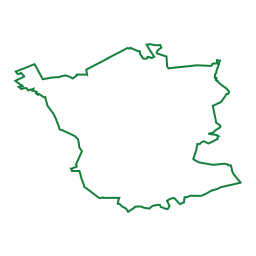 Laidzes pag., Talsi, Latvia
{"feature_id": "27541924B38806240468878", "entity_name": "Laidzes pag.", "entity_type": "district", "adm_level": 2, "iso_a3": "LVA", "parent_name": "Latvia", "parent_adm1": "Talsi", "projection": "robinson", "projection_center": [22.64, 57.292], "detail": "fine", "context": "isolated", "style": "outline", "palette": "green", "viewbox_px": 256, "rotation_deg": 0, "n_neighbors": 0, "source": "geoboundaries", "source_scale": "gbopen_adm2", "svg_char_len": 5416}
<svg xmlns="http://www.w3.org/2000/svg" viewBox="0 0 256 256"><path d="M15.8,71.5L17.5,73.9L19.8,73.8L20.8,72.8L24.2,76.3L24.1,76.6L23.7,76.8L21.6,77.9L20.1,78.5L15.4,80.8L15.7,81.1L16.5,81.7L17.1,82.3L17.5,82.4L20.2,84.7L21.9,85.2L22.6,86.2L18.8,87.0L20.9,88.8L22.2,88.9L24.0,88.1L26.5,88.1L28.1,90.4L33.4,88.8L32.9,89.8L32.3,90.6L34.5,91.2L36.6,91.9L36.0,93.0L37.2,93.5L36.8,94.0L38.0,94.8L39.1,94.2L40.8,95.2L43.2,96.8L43.3,96.8L45.2,97.5L45.3,97.4L46.2,101.1L47.4,105.4L47.5,105.6L48.4,107.0L51.6,111.3L53.4,113.7L56.1,119.2L56.3,120.2L58.0,124.3L59.0,127.1L59.4,128.8L59.9,129.3L60.1,129.6L60.9,129.9L62.3,130.2L64.3,131.2L65.4,131.7L68.2,132.9L71.7,134.6L73.6,135.5L75.4,136.5L76.3,137.6L78.0,139.1L78.7,142.7L79.1,145.7L79.1,145.8L79.4,147.3L79.4,147.5L79.6,147.8L80.6,149.3L80.7,149.5L81.2,150.1L81.8,151.1L81.9,151.3L80.7,154.0L77.5,161.1L75.9,164.5L76.2,164.9L76.7,165.8L76.8,166.1L76.7,166.6L76.2,166.9L75.7,167.1L74.5,167.5L73.7,167.6L73.2,168.0L72.4,168.6L71.0,168.6L71.1,168.8L71.2,169.2L71.8,170.9L75.0,171.1L76.0,171.1L79.3,171.0L79.6,171.5L80.3,174.0L80.6,174.7L80.8,176.5L81.7,179.1L81.9,179.8L82.2,180.6L82.6,181.4L82.6,181.6L82.7,181.8L83.0,182.5L83.1,182.8L83.3,183.3L83.9,185.3L84.2,186.7L87.4,189.1L87.7,189.4L88.1,189.6L94.2,194.2L94.4,194.4L96.9,196.3L97.0,196.4L99.3,198.0L100.5,197.9L102.2,197.8L102.8,197.6L102.8,197.8L105.1,197.9L107.7,197.9L112.5,197.9L119.2,197.9L119.1,198.1L118.9,198.9L118.5,199.8L118.2,201.5L117.8,202.8L117.7,203.4L117.8,203.8L118.6,203.8L118.8,203.8L119.2,203.9L119.6,204.1L120.2,204.5L120.6,204.9L120.9,205.2L122.1,206.3L122.5,206.7L123.2,207.1L124.3,207.6L125.5,208.3L125.9,208.5L126.2,208.8L126.5,209.1L126.7,209.5L127.1,210.2L128.2,211.8L130.2,210.4L135.1,207.2L135.0,206.9L135.8,206.8L137.1,206.5L140.7,206.5L141.3,206.6L142.3,207.0L143.4,207.6L147.4,208.3L148.5,208.5L149.0,208.6L149.4,208.5L149.7,208.4L150.5,207.5L151.6,206.6L152.5,206.1L153.2,205.8L153.9,205.6L157.3,204.9L159.8,204.9L159.9,205.2L160.1,205.6L160.8,206.9L164.5,208.4L165.6,208.7L167.6,209.1L168.0,208.6L169.5,206.0L169.1,205.2L168.6,204.0L167.0,200.7L167.6,200.3L168.2,200.0L170.5,198.8L171.2,198.5L171.7,198.4L172.3,198.3L174.2,198.0L175.3,199.2L176.7,200.7L178.3,202.5L179.5,203.6L180.0,204.1L180.9,203.9L182.0,203.1L182.7,202.7L184.0,202.4L184.3,199.2L184.6,197.2L186.0,197.2L186.5,197.2L187.5,196.9L188.5,196.5L189.5,196.0L189.9,195.9L190.4,195.8L190.8,195.8L191.5,195.7L193.5,195.8L195.8,195.8L197.3,195.8L200.4,195.9L200.9,195.9L201.9,195.5L202.9,195.1L204.3,194.5L205.8,193.9L207.0,193.2L209.4,191.8L210.3,191.3L212.1,190.3L212.3,190.5L212.9,190.3L214.1,189.9L218.0,188.7L218.5,188.4L220.2,187.5L220.7,187.2L224.6,186.3L234.0,184.2L240.2,182.8L240.6,182.4L239.5,181.2L238.9,180.8L234.9,175.7L233.2,173.4L232.8,172.7L232.6,172.2L232.2,171.1L231.9,169.8L231.6,168.1L230.9,166.1L230.8,165.4L229.7,165.2L228.2,165.3L228.0,164.6L224.6,163.7L222.3,163.9L216.5,164.5L213.7,164.8L211.6,164.6L199.1,162.4L195.8,160.7L193.6,159.3L193.3,158.9L194.0,156.9L196.3,150.0L196.9,146.7L197.2,145.2L197.3,144.0L200.0,143.9L201.0,142.7L203.5,141.2L208.5,143.5L209.7,142.9L212.3,141.7L216.3,139.6L217.5,139.0L217.4,138.9L217.6,136.9L218.7,136.3L217.2,135.4L216.6,135.0L209.2,133.9L208.4,133.8L209.4,133.5L212.3,132.8L212.9,132.6L213.4,132.3L213.8,131.9L214.8,130.9L215.2,130.5L216.1,129.9L218.9,128.2L219.7,127.6L219.9,127.4L220.1,127.2L220.3,127.0L220.4,126.7L220.6,126.2L219.8,125.4L219.4,125.0L216.5,122.8L216.2,122.6L216.0,122.2L215.9,121.8L215.9,120.9L215.8,120.2L215.5,118.9L214.7,115.3L212.8,105.8L221.0,102.0L223.1,99.2L223.8,98.2L226.7,93.9L228.1,94.0L229.1,91.9L227.0,88.9L221.9,85.3L219.1,82.9L217.0,80.9L217.2,80.6L215.8,80.0L215.8,79.9L215.9,79.1L216.6,78.3L216.6,78.1L216.1,77.8L215.2,77.8L214.8,77.7L215.0,75.3L215.0,74.6L215.1,74.3L215.2,74.0L215.4,73.8L216.1,73.1L216.3,72.8L216.4,72.5L216.3,71.3L216.4,71.1L216.8,69.9L219.0,64.1L219.1,63.8L219.1,63.0L219.1,62.4L219.3,62.1L220.1,60.8L219.9,60.6L217.1,60.1L217.0,60.4L217.0,63.5L214.1,63.5L214.1,63.4L212.3,63.9L212.1,65.1L210.9,65.9L197.5,65.3L196.0,65.4L180.7,67.0L173.9,67.7L172.0,67.9L168.5,68.4L167.1,66.4L166.8,61.1L166.7,59.9L166.5,56.5L161.8,55.0L157.5,53.5L157.4,53.5L156.6,52.7L157.5,50.6L158.9,49.5L160.1,48.5L161.3,47.6L160.3,45.1L156.0,45.3L150.1,44.2L146.7,44.6L147.5,46.2L148.3,47.8L149.1,49.1L154.2,56.8L153.8,57.0L152.9,57.4L152.5,57.6L151.9,57.8L151.6,58.0L151.3,58.1L150.6,57.6L150.1,57.4L148.5,56.9L148.3,56.8L147.7,56.9L147.8,57.4L147.7,57.6L147.3,58.0L146.5,58.7L145.9,58.7L145.0,58.6L143.9,58.7L143.6,58.5L143.2,58.4L142.9,58.3L142.6,58.1L142.4,57.7L141.9,56.3L141.8,56.2L141.6,56.1L141.3,55.9L141.0,55.7L140.7,55.1L140.1,54.0L140.0,53.5L139.9,53.0L139.9,52.8L139.9,52.6L140.2,52.1L140.2,51.9L140.1,51.7L139.9,51.5L139.4,51.2L139.1,51.1L138.7,51.1L138.2,51.1L137.7,51.0L137.2,50.9L136.8,50.7L135.4,49.9L134.1,49.5L132.5,48.7L131.5,48.4L130.6,47.7L129.2,48.7L127.7,48.0L125.9,48.8L121.4,51.2L117.8,53.1L112.7,55.7L112.5,55.8L112.3,55.9L107.5,58.4L107.6,58.5L98.1,63.5L86.3,69.6L87.1,74.9L86.4,74.6L84.3,74.6L81.8,74.6L77.0,74.5L76.9,74.6L77.1,74.7L77.1,74.9L76.9,75.5L74.8,76.9L73.5,78.0L72.4,78.5L71.2,77.6L70.5,77.1L67.5,76.0L65.2,75.4L60.6,76.5L58.9,77.3L58.4,77.1L51.7,77.6L43.0,79.2L42.7,79.2L41.7,77.3L40.2,74.5L39.4,73.1L39.0,72.3L38.9,72.1L36.7,68.1L35.8,66.4L35.7,66.2L35.5,65.9L34.5,64.2L31.1,65.5L28.9,66.5L26.9,67.3L25.5,67.8L19.3,70.2L15.8,71.5Z" fill="none" stroke="#15803d" stroke-width="2"/></svg>